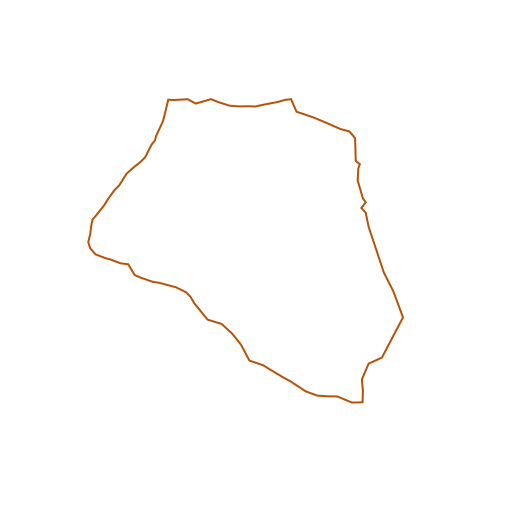 Zing, Taraba, Nigeria (Mercator projection), rotated 332°
{"feature_id": "59680162B60568566930973", "entity_name": "Zing", "entity_type": "district", "adm_level": 2, "iso_a3": "NGA", "parent_name": "Nigeria", "parent_adm1": "Taraba", "projection": "mercator", "projection_center": [11.715, 8.874], "detail": "fine", "context": "isolated", "style": "outline", "palette": "amber", "viewbox_px": 512, "rotation_deg": 332, "n_neighbors": 0, "source": "geoboundaries", "source_scale": "gbopen_adm2", "svg_char_len": 1508}
<svg xmlns="http://www.w3.org/2000/svg" viewBox="0 0 512 512"><g transform="rotate(332 256 256)"><path d="M281.4,435.2L287.3,424.8L291.5,414.7L304.9,403.9L319.5,404.8L357.0,379.2L360.7,351.6L361.1,330.8L365.4,305.2L369.2,282.8L373.2,269.3L371.6,263.1L378.1,260.1L377.4,255.4L381.2,237.1L382.6,234.8L386.3,228.6L387.4,226.7L390.8,223.7L388.7,218.9L395.1,206.0L395.2,205.8L398.8,198.5L397.0,189.9L390.1,183.5L381.4,172.4L372.0,160.9L359.5,147.6L360.6,134.0L355.3,131.9L350.0,130.7L347.2,130.1L332.5,125.6L328.0,124.3L326.0,123.8L325.2,123.5L320.0,120.4L311.7,116.2L308.1,114.0L303.4,111.0L295.1,102.6L289.9,96.4L286.7,95.7L280.5,94.4L275.2,93.3L274.3,93.1L269.3,85.5L263.0,82.6L256.7,79.7L251.9,76.8L249.0,80.1L244.6,85.0L241.7,88.3L237.3,93.2L228.4,99.9L223.9,103.3L221.0,106.6L216.5,108.4L215.1,109.3L210.4,112.6L204.5,116.8L201.0,117.9L198.5,118.6L187.8,120.7L180.2,122.6L174.2,126.1L168.2,129.5L162.1,131.3L159.1,132.8L151.6,136.5L145.6,140.0L133.4,145.3L128.9,147.0L124.6,152.0L120.2,158.5L114.4,165.0L113.2,171.4L115.1,179.2L121.6,186.8L126.4,191.3L132.9,198.8L139.3,203.3L139.6,209.6L139.9,215.9L144.8,221.9L153.2,230.8L157.7,234.0L162.5,238.5L170.6,246.0L177.2,255.1L179.0,261.3L179.4,269.2L181.5,280.1L183.4,289.5L189.6,295.7L193.7,299.8L198.4,313.0L200.3,322.8L201.1,327.1L201.1,337.5L201.1,345.3L211.2,356.0L214.6,362.1L223.0,375.9L228.0,383.5L231.3,389.7L236.4,398.9L244.5,408.0L254.0,413.9L261.9,418.2L270.4,428.7L271.8,430.4L281.4,435.2Z" fill="none" stroke="#b45309" stroke-width="2"/></g></svg>